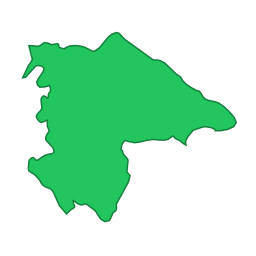 an SVG outline of Shkodër, rotated 93°
{"feature_id": "ALB-1498", "entity_name": "Shkodër", "entity_type": "County", "adm_level": 1, "iso_a3": "ALB", "parent_name": "Albania", "parent_adm1": "", "projection": "albers", "projection_center": [19.744, 42.245], "detail": "fine", "context": "isolated", "style": "filled", "palette": "green", "viewbox_px": 256, "rotation_deg": 93, "n_neighbors": 0, "source": "natural_earth", "source_scale": "10m", "svg_char_len": 2873}
<svg xmlns="http://www.w3.org/2000/svg" viewBox="0 0 256 256"><g transform="rotate(93 128 128)"><path d="M125.9,37.5L126.1,40.2L125.8,39.9L124.9,41.3L123.4,44.5L123.1,46.3L122.7,50.3L122.8,52.1L123.5,54.5L126.8,62.7L133.2,67.6L136.5,69.3L140.1,69.8L141.9,69.2L140.7,71.8L140.1,72.7L139.4,73.7L138.7,74.5L138.0,75.4L137.5,76.5L136.6,79.1L136.0,80.1L134.2,81.9L133.8,82.6L134.2,83.6L137.2,87.4L137.8,89.0L138.2,91.2L138.4,97.9L138.1,100.0L138.3,103.1L139.0,107.3L141.5,116.2L142.2,119.8L142.3,122.1L141.9,122.9L141.7,123.7L141.8,124.8L141.6,125.8L141.2,127.9L140.6,129.8L141.0,130.8L142.3,131.8L145.0,133.3L149.9,133.9L150.9,132.5L151.5,132.2L152.2,132.0L153.0,131.8L154.0,131.4L155.2,130.6L158.0,127.6L159.2,126.7L160.5,126.3L172.0,126.8L175.3,123.5L179.9,124.2L182.5,125.0L204.7,135.7L209.3,135.3L210.7,135.6L211.9,136.5L212.7,137.7L213.7,138.8L215.4,139.2L221.3,141.7L222.7,146.1L220.7,150.1L217.3,152.9L214.9,154.5L213.1,155.8L211.7,157.3L206.5,165.0L205.9,167.0L206.9,169.1L207.3,170.9L206.2,174.4L203.3,178.4L203.3,178.9L205.5,178.7L207.0,178.1L208.4,177.3L209.5,177.1L210.8,178.1L212.5,180.7L217.0,184.9L209.2,192.4L196.7,198.8L194.5,200.3L192.8,202.2L191.1,207.5L189.3,210.2L187.5,211.8L184.5,213.6L180.2,217.9L178.8,219.9L176.5,224.1L175.5,225.0L173.9,225.4L166.4,225.2L164.7,224.6L163.6,223.6L162.8,222.4L162.6,221.3L162.9,220.3L164.5,218.7L164.9,218.0L164.9,217.0L164.4,215.9L160.6,211.0L159.8,209.8L158.3,205.9L157.8,203.1L157.4,201.9L156.2,200.8L155.0,200.7L152.9,201.3L150.7,202.7L148.8,204.9L146.8,206.7L145.5,208.3L144.5,209.2L143.0,209.6L141.3,209.6L138.3,208.5L136.8,207.4L135.5,206.7L134.2,206.8L130.5,208.7L124.5,209.0L126.7,214.0L126.9,215.0L126.7,215.9L126.0,216.9L124.6,218.3L123.0,219.5L121.2,220.2L118.7,219.2L115.2,216.3L113.6,215.3L111.9,215.1L104.8,216.3L103.2,216.2L101.4,215.2L100.7,214.7L100.4,213.9L100.6,212.8L101.3,211.5L101.9,210.7L102.1,210.1L101.9,209.6L101.3,209.3L99.1,209.3L97.9,209.1L96.8,208.5L96.0,207.8L95.5,207.5L94.8,207.3L91.5,207.8L89.4,208.7L90.2,209.9L91.2,212.8L91.9,218.2L89.6,220.7L86.8,221.6L83.4,220.1L76.7,216.0L74.1,214.9L72.3,215.2L70.8,217.3L70.2,220.3L70.9,223.4L82.7,232.9L83.3,235.8L70.7,230.6L67.9,228.7L64.4,227.1L51.0,231.3L50.9,228.6L51.1,221.7L49.5,218.9L47.7,217.1L47.2,216.0L47.4,215.0L47.3,213.2L47.5,211.9L48.3,210.5L48.7,208.6L47.5,202.6L48.5,201.6L50.1,201.4L51.3,200.4L52.4,196.0L50.9,194.2L49.1,190.2L48.4,185.1L48.7,179.9L49.6,175.4L53.2,167.5L52.8,165.0L52.3,164.4L49.4,160.8L38.2,152.4L35.2,149.0L33.3,144.8L33.8,142.0L35.5,140.2L39.7,135.8L58.5,106.7L58.7,105.3L58.6,101.7L58.9,99.8L60.8,95.5L61.8,94.0L71.8,82.4L74.4,78.1L78.2,75.6L81.4,71.9L84.1,67.5L86.5,62.6L87.6,58.6L89.9,56.6L92.7,55.0L95.1,52.3L96.2,49.1L97.3,42.2L98.4,38.6L101.7,33.3L106.8,27.3L108.7,25.5L112.2,22.3L116.7,20.2L121.1,22.5L124.1,28.2L125.8,34.9L125.9,37.5Z" fill="#22c55e" stroke="#15803d" stroke-width="1.5"/></g></svg>